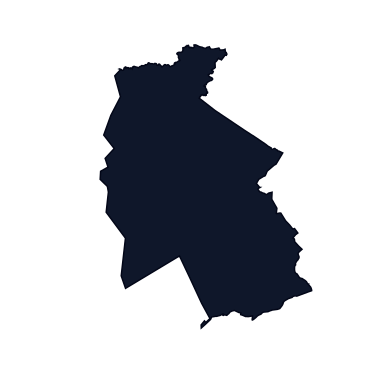 Mārkalnes pag., Aluksne, Latvia, rotated 247°
{"feature_id": "27541924B80787843923364", "entity_name": "Mārkalnes pag.", "entity_type": "district", "adm_level": 2, "iso_a3": "LVA", "parent_name": "Latvia", "parent_adm1": "Aluksne", "projection": "orthographic", "projection_center": [27.239, 57.508], "detail": "fine", "context": "isolated", "style": "filled", "palette": "ink", "viewbox_px": 384, "rotation_deg": 247, "n_neighbors": 0, "source": "geoboundaries", "source_scale": "gbopen_adm2", "svg_char_len": 5951}
<svg xmlns="http://www.w3.org/2000/svg" viewBox="0 0 384 384"><g transform="rotate(247 192 192)"><path d="M54.4,263.6L55.1,263.9L55.7,263.8L56.1,264.0L57.9,264.1L60.9,263.2L61.3,263.2L61.7,263.4L61.8,262.9L62.6,262.5L64.8,262.3L66.6,261.4L67.7,260.6L69.3,259.6L69.4,259.2L69.5,259.0L69.9,258.8L70.6,257.9L71.0,257.6L71.5,257.4L74.9,256.8L75.5,256.7L76.0,256.2L76.9,255.7L77.7,255.5L78.8,255.6L80.1,255.9L82.7,257.0L84.1,258.0L84.4,258.9L85.6,259.2L85.8,259.3L86.8,260.4L87.3,261.3L87.8,261.8L88.1,262.9L88.5,263.4L88.9,263.7L89.4,264.6L89.8,264.7L90.3,265.2L93.7,265.4L94.8,266.6L96.3,270.9L100.6,269.0L106.1,267.1L108.4,267.8L108.9,267.8L110.2,266.8L112.3,270.8L112.5,271.9L112.9,273.4L118.3,272.1L118.5,270.3L123.3,269.0L128.9,266.9L137.9,265.5L138.4,264.4L139.0,261.5L139.3,261.2L143.9,263.8L154.0,262.6L155.5,263.2L160.5,265.6L161.0,262.2L161.0,261.8L160.5,260.4L160.8,259.1L162.4,258.1L163.7,256.4L164.7,255.8L164.9,255.4L165.6,254.6L166.1,254.3L168.9,253.7L169.5,254.8L169.5,256.0L169.6,256.5L169.8,256.1L174.7,254.6L177.6,258.4L178.5,264.1L178.3,265.1L178.3,265.4L178.8,266.2L181.7,269.2L182.0,269.8L184.6,278.1L184.8,280.2L192.5,290.8L195.7,288.0L196.1,287.2L196.5,287.0L197.1,287.0L198.3,285.9L199.6,285.3L199.8,285.1L199.9,282.4L200.4,281.9L200.9,281.7L201.6,282.1L204.6,279.8L206.9,278.6L219.9,270.2L221.2,269.2L228.8,264.1L258.1,245.0L275.5,235.3L276.2,236.3L276.4,236.2L276.6,236.3L276.6,236.7L276.7,236.8L276.8,237.4L277.2,237.6L277.2,237.8L277.3,238.2L277.8,238.3L277.9,238.5L277.6,238.8L277.6,239.0L277.4,239.2L277.4,239.6L277.1,239.7L277.3,240.1L276.5,240.3L276.3,240.5L276.4,240.8L276.4,241.0L275.9,241.5L276.2,241.7L276.0,241.9L275.5,242.3L275.5,242.7L275.6,243.0L276.8,243.4L277.1,243.8L277.0,244.9L277.8,245.4L278.7,245.0L279.3,245.0L279.9,245.3L280.9,245.4L282.3,245.0L283.1,245.2L283.6,245.5L284.1,245.5L284.6,244.4L284.8,244.3L285.0,244.3L285.6,245.5L285.3,246.7L285.3,247.0L285.9,247.1L286.0,247.6L286.9,248.9L287.3,251.6L287.3,252.1L287.1,253.5L287.3,254.2L287.6,254.9L288.1,255.2L288.7,255.2L289.3,254.9L291.7,252.8L292.1,252.7L292.7,252.9L293.3,252.7L293.5,252.7L293.6,252.9L293.5,253.7L293.9,254.4L293.9,255.4L293.2,256.5L293.5,257.0L293.5,257.6L293.7,257.9L294.2,257.9L294.3,258.1L294.4,258.4L294.7,258.7L295.2,258.5L296.2,257.6L296.8,257.7L297.0,258.0L296.8,259.2L297.1,259.6L297.0,259.8L297.0,260.5L297.5,262.0L302.3,263.8L302.8,265.4L304.7,268.7L303.6,269.3L302.9,270.1L302.1,270.7L303.0,272.4L305.1,275.9L304.4,277.0L305.3,278.0L307.1,278.0L307.3,277.3L310.5,278.2L310.5,276.7L310.6,276.0L311.0,275.3L311.4,273.7L311.6,273.4L314.0,273.0L314.2,271.8L314.5,270.5L315.2,267.1L316.3,265.0L318.9,264.7L318.9,264.4L319.3,262.4L318.9,260.5L320.2,258.8L321.2,258.0L322.7,255.8L325.6,253.3L326.0,252.3L326.3,252.3L326.5,251.2L324.6,250.9L324.7,250.6L324.1,249.4L324.1,249.2L324.3,248.8L325.0,248.5L325.2,248.2L325.0,247.8L325.1,247.5L325.5,247.4L325.9,247.0L326.0,246.5L325.8,246.0L326.2,245.8L326.6,246.0L328.3,246.0L328.3,245.5L328.6,245.0L328.8,244.6L328.6,244.3L327.9,244.0L327.8,243.8L328.3,243.5L328.5,243.1L328.4,242.8L328.1,242.5L327.8,242.0L328.3,240.2L328.3,239.9L326.6,239.3L325.6,238.7L325.4,238.5L324.8,237.4L324.7,236.7L325.6,234.8L325.8,234.1L325.8,233.4L325.7,232.8L325.4,232.2L325.1,232.1L324.7,232.1L324.1,232.6L322.8,232.8L321.0,232.0L319.9,232.2L319.5,231.9L318.5,232.3L317.8,232.2L317.6,231.9L317.9,230.8L317.4,229.5L317.3,228.7L317.6,228.1L317.7,227.4L317.2,226.9L317.6,226.4L317.3,226.0L316.9,226.1L316.8,226.4L316.5,226.5L316.3,226.3L315.8,223.4L316.0,222.7L315.7,222.4L315.9,221.6L315.9,221.1L315.9,220.8L317.8,220.2L318.5,219.7L318.6,219.0L318.6,218.0L319.6,217.3L319.7,216.8L319.9,216.6L319.8,215.9L319.4,215.1L318.9,213.2L320.3,212.8L321.0,212.4L321.8,212.3L322.5,211.9L322.7,211.6L322.7,211.4L322.0,210.2L322.0,209.8L322.1,209.6L322.4,209.2L323.6,209.4L323.9,209.3L324.3,209.0L324.9,208.0L324.7,207.3L324.8,206.7L325.8,205.3L326.2,204.1L326.4,203.8L327.4,203.1L327.8,202.7L327.9,202.3L327.8,201.9L326.9,201.0L326.9,200.7L327.0,199.5L327.4,198.9L327.4,198.7L327.1,198.3L327.0,198.0L327.0,197.2L328.0,195.0L327.7,194.3L327.8,193.4L327.7,192.5L327.3,191.8L327.2,191.3L328.0,190.6L329.5,188.6L330.0,188.2L330.2,187.8L330.4,187.2L330.3,186.9L329.7,186.6L329.7,186.3L330.0,186.3L330.2,186.1L330.1,185.9L329.5,185.8L329.5,185.4L329.1,185.2L329.5,185.1L329.7,184.9L329.7,184.7L329.4,184.5L329.3,184.0L329.4,183.9L329.5,183.9L329.7,184.2L329.9,184.2L330.4,183.6L330.2,182.8L330.3,182.6L330.2,182.0L330.3,181.8L330.9,181.5L331.0,182.1L331.3,182.0L331.4,181.7L331.4,181.0L331.7,180.6L331.7,180.3L332.0,180.1L332.1,180.5L332.3,180.2L333.0,179.8L333.1,179.6L333.0,179.2L332.6,179.3L332.3,179.2L332.9,178.8L332.6,178.3L332.6,177.8L331.5,177.2L331.2,176.8L331.0,176.5L331.0,176.2L331.1,175.6L331.3,175.2L332.2,174.9L333.6,173.5L333.6,173.2L332.6,174.2L329.1,166.3L307.6,163.4L294.3,147.3L278.9,133.0L262.4,137.4L256.9,125.2L247.7,124.4L246.8,116.0L239.5,112.4L230.2,116.3L224.6,115.0L206.9,105.1L175.5,112.7L142.5,94.1L129.3,93.2L137.9,154.3L137.6,154.9L138.0,154.8L138.1,155.5L113.4,156.5L85.8,157.4L68.4,159.1L67.9,157.4L66.5,153.8L68.5,153.1L66.1,148.5L63.2,147.4L65.0,152.7L67.3,158.9L67.7,159.6L68.9,160.8L69.1,161.1L69.2,161.5L68.4,165.0L67.9,166.2L67.7,167.9L67.4,169.6L67.5,170.5L67.5,171.1L67.8,172.9L67.6,173.1L66.8,172.2L66.4,172.3L66.2,172.5L66.1,173.2L66.3,173.7L66.3,174.2L65.8,174.8L65.2,175.2L65.0,175.6L64.9,176.0L65.4,177.0L65.6,178.2L66.7,180.1L66.8,182.4L66.4,184.8L62.7,188.1L61.6,189.7L60.1,188.9L58.9,190.3L56.5,192.6L55.2,195.4L54.3,199.3L51.0,197.5L50.6,197.5L50.6,198.4L50.7,199.0L51.5,201.7L52.4,203.9L52.6,205.4L52.6,207.7L52.8,208.2L53.4,209.6L53.5,210.5L53.4,211.2L52.2,215.0L52.1,215.5L52.2,217.0L52.0,218.7L52.0,219.7L50.6,224.8L50.4,227.2L51.8,229.8L52.9,231.4L54.5,232.9L54.6,232.5L55.3,233.7L55.7,235.2L56.2,239.0L55.9,243.0L56.4,244.2L56.3,245.6L56.0,246.6L55.2,247.8L54.7,258.8L54.7,259.1L54.4,263.2L54.4,263.6Z" fill="#0f172a" stroke="#020617" stroke-width="1.5"/></g></svg>